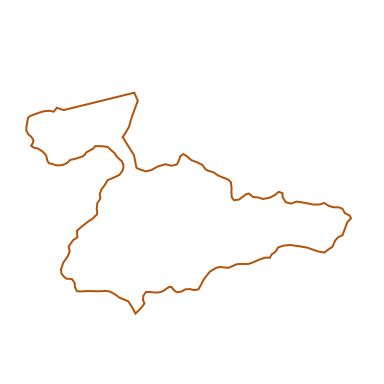 Muallim, Perak, Malaysia (Natural Earth projection), rotated 79°
{"feature_id": "92858781B90954683120897", "entity_name": "Muallim", "entity_type": "district", "adm_level": 2, "iso_a3": "MYS", "parent_name": "Malaysia", "parent_adm1": "Perak", "projection": "natural_earth1", "projection_center": [101.452, 3.898], "detail": "fine", "context": "isolated", "style": "outline", "palette": "amber", "viewbox_px": 384, "rotation_deg": 79, "n_neighbors": 0, "source": "geoboundaries", "source_scale": "gbopen_adm2", "svg_char_len": 2583}
<svg xmlns="http://www.w3.org/2000/svg" viewBox="0 0 384 384"><g transform="rotate(79 192 192)"><path d="M140.1,319.7L140.8,315.1L140.5,312.0L139.5,308.9L137.2,305.1L137.2,300.9L136.2,292.5L134.8,289.8L133.2,288.7L131.8,284.8L130.5,280.6L128.5,278.3L129.2,274.5L130.2,270.7L131.5,266.4L135.5,263.4L138.8,260.7L142.5,259.2L145.4,257.3L148.4,255.0L152.1,254.2L154.7,254.6L157.7,256.1L161.3,259.9L163.0,266.4L164.3,272.6L168.6,276.4L172.0,280.2L176.3,282.9L181.2,283.3L184.9,287.1L190.2,288.7L193.8,289.0L195.8,289.4L199.5,295.2L201.1,299.4L204.8,306.6L208.1,312.4L212.1,312.8L214.7,313.2L216.7,318.1L222.0,323.5L227.3,323.5L231.3,326.2L236.9,331.9L242.9,335.4L247.2,335.7L250.2,334.2L253.1,331.9L254.5,326.6L258.5,324.6L263.1,325.0L267.4,323.9L268.4,320.4L269.4,312.8L271.4,304.0L272.7,295.2L274.0,291.7L277.7,287.1L282.0,283.3L284.6,279.1L287.3,275.3L294.2,272.6L300.5,270.7L297.6,266.1L295.2,263.0L292.3,259.9L288.9,260.7L284.6,259.6L281.3,256.1L282.0,252.7L283.6,247.7L284.3,242.3L283.6,238.9L280.7,232.4L281.6,230.1L285.0,228.5L287.6,225.9L287.6,220.9L286.3,217.1L286.9,212.5L288.6,209.0L288.9,204.4L285.0,201.0L280.0,197.1L273.7,189.9L271.0,182.6L271.0,178.8L273.4,170.7L272.4,166.1L271.4,161.9L272.0,157.3L273.4,150.8L272.7,145.5L271.0,137.8L270.4,132.5L271.4,128.2L268.4,125.6L266.7,121.7L262.8,117.9L262.1,112.2L262.8,105.3L264.4,101.1L266.1,96.1L268.7,89.2L272.4,83.1L274.7,78.9L276.7,73.5L276.5,73.2L274.3,68.9L272.7,64.7L266.7,60.5L264.1,56.7L263.1,52.5L261.1,51.3L251.2,45.2L248.2,41.0L245.2,41.7L241.9,46.0L238.7,47.0L237.2,47.5L235.2,50.5L233.9,56.3L231.6,60.5L228.0,64.3L228.6,68.5L227.6,75.0L224.6,82.3L222.7,87.3L221.3,91.5L222.3,96.9L220.0,101.8L214.4,104.1L210.4,103.4L208.4,106.8L210.7,111.0L212.4,116.8L212.4,123.7L210.1,127.9L208.4,133.2L204.4,136.3L204.4,139.0L208.4,147.4L208.1,152.4L204.8,153.9L200.1,153.5L195.5,152.4L189.8,152.0L186.9,153.9L183.9,158.5L180.6,163.5L176.9,166.9L173.9,172.6L172.0,174.6L167.6,176.5L164.0,181.1L160.7,186.4L155.1,191.0L153.1,193.3L154.7,196.8L157.7,198.3L162.0,201.4L162.3,207.1L159.7,212.8L160.4,220.5L162.7,227.8L163.0,233.1L160.4,238.1L157.7,241.9L144.8,241.9L124.9,249.6L121.2,245.8L119.6,244.6L116.6,241.9L113.3,240.0L107.3,237.0L92.1,227.8L83.5,229.7L87.1,302.4L83.5,308.6L85.1,310.5L86.8,312.4L85.1,316.2L84.5,322.0L84.8,325.8L86.4,336.1L87.8,338.8L91.7,340.3L96.1,341.9L99.7,343.0L103.7,341.9L107.3,339.2L111.0,337.7L113.9,339.2L115.9,341.1L118.6,338.4L119.9,335.0L123.2,331.5L126.2,329.2L128.9,328.1L133.5,328.1L136.5,326.9L137.5,324.6L137.6,324.4L140.1,319.7Z" fill="none" stroke="#b45309" stroke-width="2"/></g></svg>